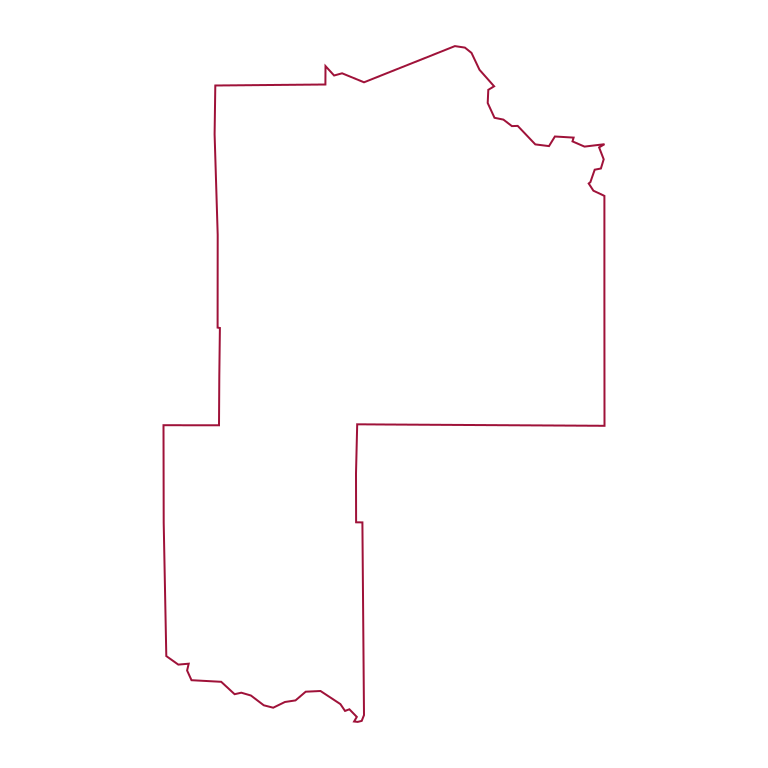 Cass, Minnesota, United States of America
{"feature_id": "52423323B75286555107284", "entity_name": "Cass", "entity_type": "district", "adm_level": 2, "iso_a3": "USA", "parent_name": "United States of America", "parent_adm1": "Minnesota", "projection": "equal_earth", "projection_center": [-94.285, 46.879], "detail": "fine", "context": "isolated", "style": "outline", "palette": "rose", "viewbox_px": 768, "rotation_deg": 0, "n_neighbors": 0, "source": "geoboundaries", "source_scale": "gbopen_adm2", "svg_char_len": 979}
<svg xmlns="http://www.w3.org/2000/svg" viewBox="0 0 768 768"><path d="M221.2,681.8L234.6,694.2L241.3,692.7L250.9,695.5L263.8,705.3L273.2,707.7L284.9,702.0L295.5,700.4L305.7,691.7L320.5,691.0L340.4,704.1L345.0,710.9L349.4,709.3L356.8,716.9L354.1,721.5L357.7,721.9L361.7,720.9L364.0,715.1L362.4,522.4L356.1,522.3L356.0,473.3L357.2,424.3L384.7,424.5L604.5,425.8L604.4,298.0L604.4,195.9L593.4,190.7L588.7,183.5L590.4,182.1L594.7,169.7L600.9,168.5L603.7,159.3L599.1,147.4L604.5,144.2L584.5,146.6L572.5,141.4L573.6,137.6L554.9,136.5L549.0,146.1L535.3,144.4L517.7,125.9L511.9,126.1L503.4,119.6L494.5,117.8L487.7,103.0L488.3,89.8L494.1,86.3L479.5,69.8L471.5,52.9L464.9,47.6L454.9,46.1L364.0,82.3L342.1,73.3L334.1,75.5L325.5,66.1L325.4,84.5L215.3,85.5L214.6,134.3L217.7,234.9L217.6,327.6L219.9,328.0L219.3,376.4L219.0,425.3L163.5,425.2L163.6,474.5L163.7,522.7L166.3,656.1L178.3,664.6L188.7,663.7L187.1,670.5L191.5,680.2L221.2,681.8Z" fill="none" stroke="#9f1239" stroke-width="2"/></svg>